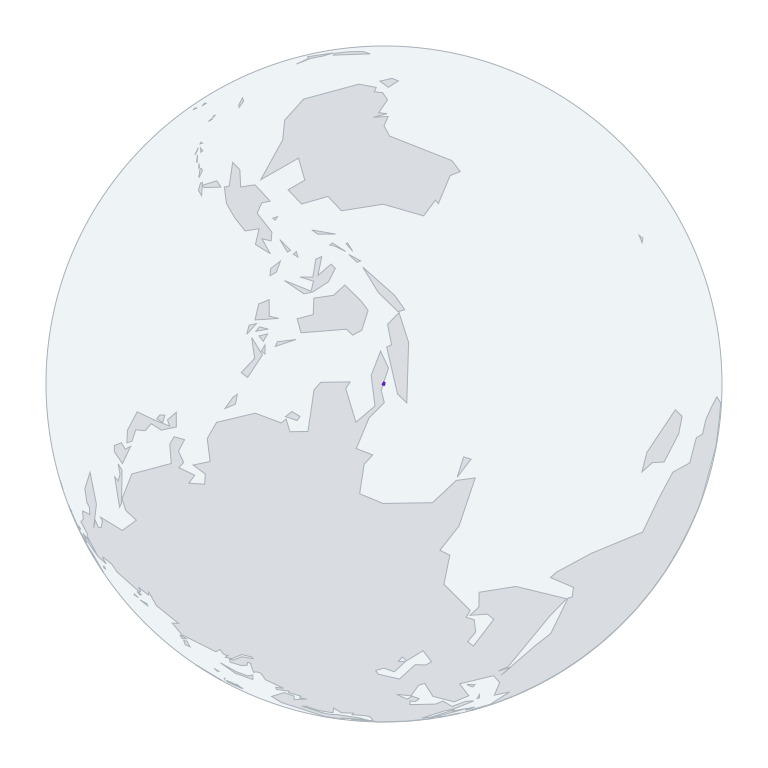 Pulau Pinang on an orthographic globe, rotated 218°
{"feature_id": "MYS-1139", "entity_name": "Pulau Pinang", "entity_type": "State", "adm_level": 1, "iso_a3": "MYS", "parent_name": "Malaysia", "parent_adm1": "", "projection": "orthographic", "projection_center": [100.346, 5.345], "detail": "fine", "context": "on_globe", "style": "filled", "palette": "violet", "viewbox_px": 768, "rotation_deg": 218, "n_neighbors": 0, "source": "natural_earth", "source_scale": "10m", "svg_char_len": 8704}
<svg xmlns="http://www.w3.org/2000/svg" viewBox="0 0 768 768"><g transform="rotate(218 384 384)"><circle cx="384" cy="384" r="338" fill="#eef3f6" stroke="#a8b0b8"/><path d="M703.4,482.5L702.8,484.9L702.6,485.3L703.4,482.5ZM575.2,105.4L580.0,108.9L571.7,103.0L575.2,105.4ZM557.2,93.9L558.1,94.4L551.7,90.7L549.9,90.0L541.9,85.7L531.6,80.1L526.2,77.5L529.3,79.3L523.2,77.1L519.5,74.6L508.5,70.7L489.2,62.9L488.9,62.8L512.4,71.4L535.2,81.8L557.2,93.9ZM551.1,90.7L553.9,92.4L551.7,91.4L551.1,90.7ZM537.5,84.3L533.2,82.7L535.8,83.2L537.5,84.3ZM529.5,81.1L519.1,78.4L524.6,81.5L503.3,72.0L519.2,76.9L521.6,76.7L524.3,78.7L529.5,81.1ZM493.2,67.7L489.2,66.6L491.5,66.8L493.2,67.7ZM114.4,180.3L115.4,179.5L113.8,182.3L103.1,196.9L95.5,218.6L105.5,206.7L109.0,220.0L118.1,221.6L139.9,194.2L125.2,190.6L133.0,176.8L153.2,168.0L167.7,173.1L171.2,168.0L170.8,154.9L183.0,147.2L171.7,149.9L169.6,155.4L162.5,157.7L163.9,153.1L168.2,150.2L166.3,147.2L146.5,163.3L142.3,170.5L132.0,171.7L124.1,184.4L118.1,189.6L129.3,170.4L135.0,163.8L148.4,144.1L141.5,150.8L128.4,170.4L128.5,168.5L119.0,179.4L126.3,169.6L142.5,148.2L140.2,150.0L158.3,132.5L177.7,116.4L182.0,113.1L183.3,112.7L200.6,100.9L203.6,99.6L192.5,106.6L185.4,112.0L190.0,113.3L194.6,111.2L205.5,103.8L205.4,105.8L215.3,98.7L224.2,97.6L221.8,93.5L234.5,86.5L246.7,82.2L250.4,79.6L230.6,86.8L223.1,90.5L217.3,94.7L196.4,106.4L192.1,108.0L212.3,94.2L208.5,95.5L225.9,85.6L268.8,69.9L280.2,68.6L272.6,79.4L262.7,82.7L260.5,80.0L250.9,88.2L257.2,84.7L257.2,86.9L269.3,82.1L269.8,83.5L280.6,77.1L282.6,78.3L275.7,82.4L295.4,78.0L302.9,80.3L307.1,78.8L309.5,76.5L317.5,81.8L320.2,80.5L318.7,78.2L323.1,74.3L334.1,70.1L336.3,72.1L332.6,73.9L328.2,81.5L318.1,86.9L320.1,87.5L329.4,83.3L334.8,73.9L340.8,70.9L339.6,74.9L340.5,73.2L344.2,72.4L349.8,73.8L351.7,69.5L389.0,62.0L403.7,65.2L398.5,68.8L426.9,69.3L441.2,75.2L439.7,72.6L452.3,72.7L448.0,70.7L448.2,69.6L478.6,71.5L487.4,74.4L498.8,74.6L498.1,73.6L492.2,71.3L503.3,72.0L524.6,81.5L525.2,83.1L538.1,88.9L537.7,92.2L543.3,98.4L535.4,100.1L540.6,105.8L545.0,107.6L555.4,117.5L561.2,133.4L536.7,112.3L524.2,91.8L527.6,98.8L520.9,95.2L518.5,96.8L521.5,102.7L525.4,104.5L500.0,107.5L495.3,124.2L509.9,125.4L519.9,132.6L527.3,157.9L502.7,190.4L515.7,204.6L517.0,213.2L506.9,217.3L504.6,204.5L493.7,198.9L494.0,191.8L477.0,195.6L476.7,185.7L463.6,194.6L469.4,203.1L484.5,202.6L473.3,215.9L489.7,232.2L492.3,250.7L467.5,281.7L441.0,290.1L439.6,296.1L428.7,288.5L414.7,299.8L435.4,336.1L434.9,346.4L412.0,364.7L411.4,356.9L382.6,336.6L377.5,361.0L399.4,382.9L406.9,407.8L390.2,399.2L382.5,377.4L372.3,369.5L374.9,348.1L366.1,316.1L349.2,321.1L350.3,308.6L335.6,282.5L311.3,289.2L272.7,320.3L267.7,352.5L254.3,366.1L237.5,318.3L237.6,287.4L226.7,289.6L213.5,263.1L176.6,258.6L175.7,250.7L167.8,253.7L159.1,245.1L159.4,232.4L152.2,232.5L152.6,266.1L160.9,266.3L173.8,254.7L171.9,266.7L180.8,278.4L155.5,305.6L107.9,327.2L110.5,303.0L112.2,237.2L116.2,230.5L116.5,229.7L117.0,228.3L109.7,239.0L112.4,226.8L103.7,271.0L99.0,290.2L107.1,328.5L104.6,332.1L109.4,340.4L133.7,334.0L132.2,342.0L116.3,378.3L89.0,426.6L96.9,462.4L102.1,492.3L94.5,510.1L104.7,533.7L102.2,540.8L108.4,553.9L111.7,567.1L113.8,578.8L107.0,576.4L99.1,564.3L84.2,539.6L62.9,489.4L59.4,478.1L54.1,455.9L50.3,435.7L47.1,410.2L46.1,385.8L46.8,361.3L49.4,336.9L53.7,312.8L59.7,289.1L67.4,265.9L76.8,243.3L87.8,221.4L100.3,200.4L114.4,180.3ZM175.5,194.4L189.0,197.9L195.8,179.9L201.6,180.1L201.8,174.4L196.3,178.7L198.7,163.6L209.2,160.0L214.2,153.1L209.8,151.8L190.2,161.0L186.6,182.0L178.0,188.4L175.5,194.4ZM359.1,47.0L357.8,47.1L347.4,48.2L350.1,47.8L336.7,49.6L334.3,49.8L332.9,50.0L329.0,50.6L359.1,47.0ZM118.4,177.2L118.3,178.2L119.6,178.0L113.7,185.4L118.4,177.2ZM129.0,162.6L129.8,161.9L122.1,171.2L122.2,170.7L129.0,162.6ZM136.9,154.1L130.5,161.1L134.0,157.0L136.9,154.1ZM194.0,106.0L195.7,105.3L193.3,107.1L189.3,109.6L194.0,106.0ZM307.4,57.3L310.3,56.1L312.4,55.7L323.3,53.0L326.0,53.2L320.5,55.0L307.4,57.3ZM133.7,198.3L127.2,203.1L127.5,200.1L129.7,199.0L133.7,198.3ZM117.0,193.5L117.7,198.0L115.4,195.5L117.0,193.5ZM312.2,57.0L316.4,55.8L315.1,56.7L312.2,57.0ZM328.5,53.4L328.2,54.2L327.6,53.0L328.5,53.4ZM267.6,654.2L274.5,658.3L269.6,658.2L267.6,654.2ZM134.7,491.9L138.5,543.0L129.2,542.0L121.1,526.2L115.3,494.9L124.1,487.3L126.6,473.5L134.7,491.9ZM490.4,469.3L500.2,471.3L499.7,472.8L490.4,469.3ZM480.3,463.3L491.5,464.4L478.2,466.6L480.3,463.3ZM495.9,464.8L507.4,462.4L512.3,460.2L511.4,463.4L495.9,464.8ZM472.6,463.0L430.2,460.4L413.4,455.3L417.4,449.7L444.7,452.6L472.6,463.0ZM416.1,449.5L390.2,431.9L354.4,383.1L367.2,384.5L404.6,414.8L402.2,419.6L417.9,433.2L416.1,449.5ZM478.3,422.9L475.8,437.8L452.5,435.2L441.9,432.2L434.6,412.7L438.7,403.3L447.4,404.0L480.9,373.3L492.6,381.9L482.5,395.1L492.1,408.5L478.3,422.9ZM269.0,355.7L276.3,375.6L269.1,378.4L269.0,355.7ZM494.0,351.6L480.8,364.8L492.8,346.8L494.0,351.6ZM500.9,334.5L501.9,341.6L496.3,334.4L500.9,334.5ZM439.6,305.6L430.3,306.7L429.9,301.8L441.5,297.6L439.6,305.6ZM494.2,266.8L494.8,280.8L493.2,285.5L488.7,276.7L494.2,266.8ZM341.2,63.6L323.0,66.4L311.7,70.1L308.2,74.0L305.4,70.4L322.8,64.6L341.2,63.6ZM382.9,61.6L385.9,59.2L389.8,60.2L389.6,60.9L382.9,61.6ZM381.0,60.1L375.0,57.5L380.1,56.2L383.8,58.5L381.0,60.1ZM342.9,55.3L337.3,56.0L338.5,55.0L342.9,55.3ZM626.4,612.0L626.1,614.6L616.7,623.8L605.3,633.0L598.1,635.7L626.4,612.0ZM559.3,631.7L563.2,620.5L573.7,620.1L565.8,629.8L559.3,631.7ZM633.9,605.0L642.6,595.0L650.0,582.1L643.9,594.0L645.7,594.8L627.6,613.9L633.9,605.0ZM532.3,582.8L468.0,601.8L454.8,598.3L460.2,589.0L452.2,559.6L456.7,560.5L456.3,540.9L495.5,525.1L524.2,494.3L543.6,497.4L559.8,475.1L579.1,478.0L571.9,495.9L590.4,509.4L606.9,469.2L614.1,514.0L624.7,530.8L622.7,559.1L588.5,604.7L572.7,612.9L571.5,608.3L564.5,612.7L556.2,610.1L555.2,594.5L548.1,598.9L556.6,587.7L545.5,597.4L542.9,587.4L532.3,582.8ZM668.4,512.8L670.2,514.2L671.6,522.4L668.9,520.6L668.4,512.8ZM698.6,491.1L698.3,494.9L696.9,495.6L698.6,491.1ZM702.6,485.3L701.0,486.5L703.4,482.5L702.6,485.3ZM682.9,488.0L683.4,490.9L682.5,491.8L682.9,488.0ZM682.3,487.0L684.0,482.7L683.2,487.1L682.3,487.0ZM675.3,462.0L676.8,459.9L677.2,461.7L675.3,462.0ZM514.5,472.3L528.4,461.4L535.7,460.9L514.5,472.3ZM673.8,457.0L670.4,456.2L671.0,453.9L673.8,457.0ZM674.4,451.5L674.2,448.1L675.8,456.1L674.4,451.5ZM668.3,443.4L672.1,449.7L667.8,444.1L668.3,443.4ZM665.7,443.9L662.7,441.1L662.9,440.1L665.7,443.9ZM627.9,444.8L639.7,465.5L629.5,464.1L618.3,451.0L608.3,461.5L586.4,458.0L591.8,451.4L589.2,440.5L565.8,434.6L561.1,427.3L569.6,423.3L553.8,416.7L571.2,414.8L578.0,429.5L587.7,419.1L603.9,423.1L619.2,429.2L631.0,440.9L627.9,444.8ZM570.7,446.0L573.7,446.2L570.9,450.3L570.7,446.0ZM656.9,432.5L661.3,440.0L660.6,441.6L658.4,440.3L656.9,432.5ZM633.8,438.7L646.6,428.1L649.5,428.6L640.9,441.2L633.8,438.7ZM643.8,420.2L649.5,422.4L652.3,429.4L651.1,431.1L643.8,420.2ZM535.4,430.5L534.6,434.3L530.0,431.0L535.4,430.5ZM541.4,428.5L555.1,433.7L540.0,431.8L541.4,428.5ZM498.7,412.2L502.8,421.7L516.0,416.6L505.9,424.5L514.6,440.4L511.5,446.0L502.9,428.9L499.5,445.8L493.6,445.2L490.7,430.3L496.7,412.8L502.5,405.8L526.2,404.2L498.7,412.2ZM541.3,417.1L537.7,406.1L540.4,399.1L544.4,405.0L541.3,417.1ZM526.4,379.7L516.2,366.8L507.3,370.9L525.1,355.1L532.0,369.9L526.4,379.7ZM517.3,352.3L509.0,356.0L517.4,346.7L517.3,352.3ZM506.6,351.8L505.4,343.3L512.1,344.9L506.6,351.8ZM521.7,353.0L522.8,338.8L526.5,347.4L521.7,353.0ZM501.7,324.5L516.8,339.1L497.7,332.1L495.5,305.2L503.5,305.1L501.7,324.5ZM537.5,224.5L534.7,217.5L541.6,216.7L541.5,221.6L537.5,224.5ZM561.3,210.1L542.5,214.3L527.0,218.9L532.5,222.4L530.3,233.8L521.2,222.3L531.0,210.6L543.0,209.4L543.4,200.2L551.4,195.1L547.4,183.7L550.4,179.4L557.7,189.7L561.3,210.1ZM545.2,178.9L541.2,160.3L554.7,164.6L558.6,169.6L554.8,176.0L547.8,173.3L545.2,178.9ZM544.2,157.3L537.4,154.8L517.4,128.4L516.5,124.1L538.9,145.0L533.8,144.0L536.3,150.2L544.2,157.3ZM491.2,67.7L489.4,66.7L493.1,68.1L491.2,67.7ZM445.5,68.6L446.5,67.3L450.9,68.5L445.5,68.6ZM451.6,64.9L446.0,64.4L451.0,64.1L451.6,64.9ZM433.6,63.7L443.3,63.7L435.3,65.0L433.6,63.7Z" fill="#d9dde1" stroke="#a8b0b8" stroke-width="1"/><path d="M384.3,385.3L384.4,385.1L384.5,384.9L384.5,384.7L384.4,384.6L384.5,384.4L384.5,384.2L384.4,384.0L384.2,383.8L384.2,383.7L384.2,383.1L384.2,382.9L384.1,382.7L384.9,382.7L385.0,382.7L385.1,382.8L385.1,383.3L385.2,384.5L385.3,385.2L385.2,385.2L385.2,385.3L384.9,385.2L384.3,385.3L384.3,385.3ZM383.8,383.4L383.8,383.5L384.0,383.6L383.9,383.8L383.9,384.0L383.7,384.4L383.7,384.5L383.3,384.4L383.1,384.4L383.1,384.5L383.1,384.4L383.1,384.0L383.1,383.7L383.1,383.4L383.3,383.4L383.5,383.3L383.8,383.4Z" fill="#8b5cf6" stroke="#5b21b6" stroke-width="1.5"/></g></svg>